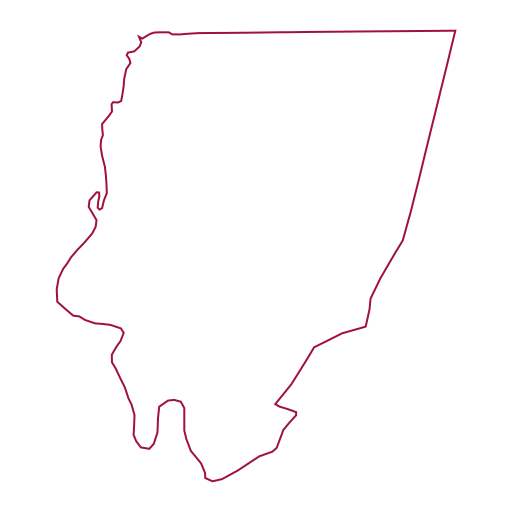 Al-Mada'in, Diyala, Iraq (Mercator projection)
{"feature_id": "34846034B77650308075556", "entity_name": "Al-Mada'in", "entity_type": "district", "adm_level": 2, "iso_a3": "IRQ", "parent_name": "Iraq", "parent_adm1": "Diyala", "projection": "mercator", "projection_center": [44.639, 33.217], "detail": "fine", "context": "isolated", "style": "outline", "palette": "rose", "viewbox_px": 512, "rotation_deg": 0, "n_neighbors": 0, "source": "geoboundaries", "source_scale": "gbopen_adm2", "svg_char_len": 2031}
<svg xmlns="http://www.w3.org/2000/svg" viewBox="0 0 512 512"><path d="M149.3,448.8L153.8,443.8L157.4,432.7L157.7,427.0L158.0,418.1L159.2,406.7L167.9,400.6L170.4,400.3L174.2,399.9L180.8,401.7L183.7,407.0L184.3,408.1L184.3,430.6L186.4,439.2L190.9,451.0L195.9,457.0L201.1,463.4L205.0,472.7L205.3,478.1L207.7,479.1L212.5,481.3L216.5,480.4L222.0,479.1L229.8,474.9L237.6,470.6L250.5,462.1L259.3,456.3L269.2,452.8L272.3,451.7L276.6,448.0L279.6,440.0L281.1,436.1L283.3,430.0L289.0,423.1L290.3,421.6L296.1,415.3L296.1,412.1L290.3,410.0L285.5,408.4L279.8,406.7L277.6,405.5L275.3,404.1L279.1,399.4L283.0,394.6L291.4,384.2L299.1,371.9L307.4,358.6L314.1,347.3L330.0,339.4L342.1,333.3L350.7,330.9L365.4,326.7L365.7,326.5L369.5,309.5L370.6,298.5L380.5,278.1L396.0,251.5L402.7,240.6L410.8,211.6L419.0,178.9L428.0,141.9L433.2,120.9L443.0,81.1L447.5,62.8L455.3,30.7L421.0,31.0L409.5,31.1L382.4,31.3L357.2,31.5L337.0,31.7L304.6,32.0L291.6,32.2L277.7,32.3L263.0,32.5L247.3,32.7L227.6,32.9L210.1,33.0L198.5,33.1L187.2,33.8L180.5,34.4L172.3,34.4L168.8,32.3L167.6,32.3L158.6,32.3L154.1,32.6L150.0,33.9L142.3,38.6L139.0,36.8L141.3,42.4L139.6,46.5L134.2,51.4L128.0,52.6L126.7,55.1L129.4,59.1L130.4,63.0L126.2,69.3L124.2,78.9L123.7,85.7L122.5,94.0L121.2,100.9L118.2,102.5L113.1,102.2L111.6,104.2L112.0,111.5L108.9,115.9L102.1,124.0L102.3,129.5L102.9,135.1L101.1,139.9L100.6,146.4L102.1,155.8L104.9,166.8L105.9,175.9L106.5,184.2L106.8,193.1L103.9,200.5L102.1,208.1L99.6,209.6L97.7,207.7L98.1,202.1L99.4,196.2L99.0,192.5L96.6,192.3L95.5,193.6L93.0,196.4L89.5,200.4L88.7,206.8L96.5,220.1L95.7,226.6L92.5,233.0L90.3,235.7L84.3,242.7L77.7,249.5L71.0,257.3L67.1,263.6L63.3,268.6L58.7,278.1L56.7,289.3L57.3,301.8L66.8,310.2L73.3,315.7L79.3,316.4L84.9,319.9L95.1,323.4L102.2,323.9L110.5,324.9L120.9,328.4L123.7,332.9L120.5,341.1L117.4,345.3L115.1,349.0L111.8,354.7L112.0,362.4L115.5,368.1L120.3,378.3L124.9,387.5L128.4,398.2L131.6,404.7L134.5,415.1L134.1,426.0L133.6,434.9L136.3,441.4L140.9,447.4L149.3,448.8Z" fill="none" stroke="#9f1239" stroke-width="2"/></svg>